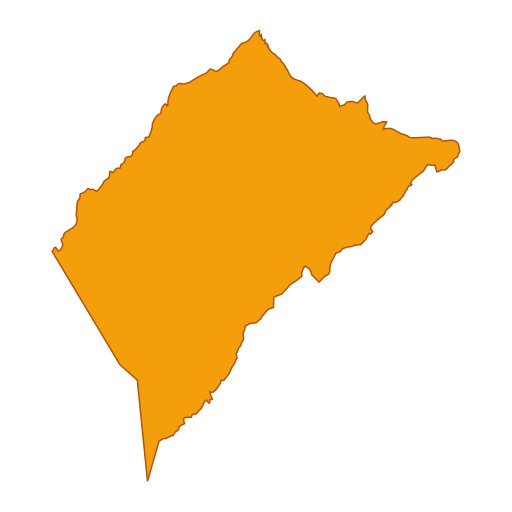 the district of Tehuipango, Veracruz, Mexico
{"feature_id": "50627088B27268418868479", "entity_name": "Tehuipango", "entity_type": "district", "adm_level": 2, "iso_a3": "MEX", "parent_name": "Mexico", "parent_adm1": "Veracruz", "projection": "natural_earth1", "projection_center": [-97.047, 18.52], "detail": "fine", "context": "isolated", "style": "filled", "palette": "amber", "viewbox_px": 512, "rotation_deg": 0, "n_neighbors": 0, "source": "geoboundaries", "source_scale": "gbopen_adm2", "svg_char_len": 5952}
<svg xmlns="http://www.w3.org/2000/svg" viewBox="0 0 512 512"><path d="M137.3,380.1L147.5,481.3L158.8,441.8L160.8,440.1L162.7,438.9L166.3,438.4L171.4,435.6L173.0,435.7L174.7,432.7L178.6,429.6L179.2,426.4L184.5,423.7L183.5,419.5L184.7,417.5L191.4,417.3L192.2,414.5L193.3,414.0L195.3,414.2L196.8,413.2L201.8,407.6L203.8,403.1L205.3,400.6L206.1,400.1L209.0,403.2L209.8,402.1L209.5,400.2L212.4,399.1L210.9,396.0L209.8,391.9L210.7,392.4L213.7,391.9L216.2,389.4L218.0,386.9L220.3,383.4L221.2,379.9L223.0,380.6L223.8,380.3L229.0,373.9L232.2,366.8L235.3,362.0L236.0,359.4L237.1,358.3L236.2,353.1L237.0,352.3L238.9,347.6L240.5,345.9L241.6,342.7L243.4,339.7L243.6,337.9L243.0,335.0L243.3,333.0L244.6,329.6L245.3,326.3L246.2,325.5L247.9,324.7L248.8,323.7L256.3,322.7L259.0,320.1L260.9,318.8L262.0,316.4L268.2,309.2L273.5,307.5L273.8,297.1L281.7,294.0L287.1,288.3L289.4,285.4L292.6,283.0L296.8,280.3L301.8,276.3L301.7,272.9L303.4,268.1L305.4,266.1L307.1,267.2L309.0,268.8L310.4,270.4L311.8,274.9L319.1,282.1L322.4,278.6L325.5,275.9L328.6,274.2L329.8,271.4L329.9,267.0L330.7,263.4L332.8,259.1L336.0,253.0L340.2,251.6L343.0,248.5L347.5,247.0L351.4,246.6L354.0,245.4L358.6,244.7L360.5,244.7L363.3,242.1L365.8,239.4L366.9,237.0L369.2,233.3L370.6,234.0L372.7,231.4L370.6,228.5L371.1,226.1L373.8,223.1L378.9,218.6L383.5,215.1L385.3,212.3L385.6,210.6L386.9,209.4L388.5,208.3L390.2,206.3L391.6,205.0L391.0,204.9L393.5,202.1L395.7,202.5L400.1,199.9L401.2,197.8L403.1,196.0L403.8,195.0L405.8,190.5L407.1,189.4L407.3,188.4L408.1,187.2L408.6,186.1L410.6,185.6L411.7,185.0L411.7,184.5L410.4,183.6L412.4,179.9L415.0,177.6L423.5,170.9L427.2,164.8L435.0,165.4L436.8,171.8L437.7,171.8L439.4,171.0L441.0,170.0L442.5,169.7L444.1,170.1L445.6,169.7L446.7,168.9L448.0,167.5L449.0,166.2L449.9,165.4L451.5,164.2L453.9,161.6L453.8,161.4L453.4,160.3L453.9,159.3L454.7,158.3L455.8,157.8L457.3,157.2L457.6,156.5L457.9,155.3L458.3,154.3L459.0,152.9L459.8,151.9L459.6,150.5L458.9,146.0L457.9,143.2L457.0,142.2L455.9,141.5L454.2,140.7L452.9,140.5L451.6,140.1L448.9,140.5L443.2,141.1L442.1,141.0L441.5,140.2L440.6,139.1L438.4,138.9L437.1,138.4L434.8,138.2L432.2,138.6L431.0,137.6L429.1,137.1L414.0,137.8L410.9,137.7L409.1,137.2L408.1,136.3L406.6,135.4L404.8,134.9L403.0,134.2L401.2,133.9L398.3,132.1L396.2,131.1L394.6,130.1L392.3,129.0L390.1,128.3L387.6,128.5L385.5,128.6L383.3,129.4L384.1,126.6L384.7,125.3L385.9,123.3L386.6,121.7L383.5,121.9L382.5,121.6L379.6,123.0L378.5,123.1L377.3,123.4L375.6,124.1L374.5,123.5L373.3,122.7L372.4,121.8L371.7,120.8L370.4,119.3L370.1,117.9L369.9,116.8L369.3,115.2L368.5,113.6L367.5,112.0L367.6,109.5L367.8,105.6L367.4,103.5L366.6,101.8L365.7,100.5L365.2,99.3L365.1,97.7L365.0,96.1L364.2,96.6L363.2,97.3L362.0,98.5L360.8,99.8L359.6,100.9L358.1,102.6L356.3,102.9L355.1,102.3L353.3,101.7L351.8,101.4L349.7,101.6L348.3,101.8L346.7,102.3L345.6,103.4L344.9,104.6L343.8,105.1L342.4,105.4L341.0,105.9L339.7,106.6L339.1,104.5L338.7,103.4L337.3,101.1L336.3,99.1L334.8,98.2L333.2,97.9L331.6,97.8L324.9,96.2L322.8,94.0L321.7,93.5L319.9,93.0L318.6,93.5L317.0,96.2L311.8,90.0L306.4,85.2L305.4,84.5L303.9,83.2L300.8,81.3L299.3,80.7L297.9,80.5L296.5,79.8L294.8,79.4L293.3,78.4L292.0,77.7L291.1,76.8L289.5,74.3L288.0,71.5L287.4,69.9L286.1,68.2L285.5,67.8L285.5,67.0L284.9,65.8L283.8,64.1L283.0,63.1L281.8,62.2L281.1,61.1L280.5,59.5L279.7,58.7L278.7,58.0L278.0,57.6L276.6,56.2L276.1,55.6L274.9,54.3L273.8,53.7L272.6,53.2L271.9,52.3L270.6,51.0L269.5,49.3L269.1,48.2L268.2,47.5L267.5,46.7L268.3,45.4L267.2,44.9L266.9,43.4L265.6,43.6L265.2,42.6L264.9,42.9L264.9,41.5L265.0,39.7L263.4,40.5L262.6,40.0L262.1,38.5L261.4,37.0L261.3,35.3L260.4,36.6L259.9,34.8L259.5,35.0L259.5,30.7L256.8,31.5L254.9,32.7L253.4,34.2L251.3,37.1L248.1,40.8L245.6,42.2L243.6,42.9L241.8,43.3L240.4,44.8L238.5,47.2L237.2,48.6L235.4,50.8L234.0,52.3L233.0,53.9L232.3,56.0L231.3,57.5L229.8,59.1L229.4,60.0L228.7,62.6L228.0,63.3L222.9,66.5L219.6,69.6L216.8,71.3L215.3,71.4L213.9,70.3L212.3,69.6L210.8,69.1L209.7,69.4L208.6,70.6L207.4,72.0L206.2,73.2L204.7,73.9L202.6,74.6L196.0,78.2L194.0,79.5L192.0,80.7L190.2,82.0L188.2,82.8L186.5,83.2L185.0,83.8L183.7,84.0L181.8,83.9L180.6,83.5L179.8,83.5L178.9,83.6L177.7,84.4L176.3,85.6L174.5,86.2L173.2,86.9L172.7,88.0L172.0,89.9L171.3,90.9L170.6,92.3L169.2,96.0L168.3,99.1L168.0,100.6L167.9,102.2L167.9,103.9L167.7,105.0L167.2,105.8L166.6,105.5L166.0,104.3L165.6,103.8L165.0,104.0L164.2,104.6L163.5,105.6L162.4,107.0L161.6,108.4L161.4,109.5L161.1,111.4L160.9,113.1L160.1,113.9L159.3,114.4L158.5,114.5L157.2,115.5L156.1,116.8L154.4,119.3L153.9,120.5L153.0,122.2L152.5,123.6L152.3,125.6L152.2,126.9L151.5,129.8L151.3,131.0L150.8,132.3L150.2,133.5L149.8,134.9L149.1,136.5L148.1,137.2L146.9,137.4L145.7,137.4L145.3,137.8L145.1,138.4L145.1,139.4L145.0,140.0L144.4,140.9L143.6,141.4L142.6,141.7L141.6,142.2L140.4,142.9L139.9,143.8L139.5,144.9L135.9,149.1L134.4,150.4L133.1,150.9L132.7,151.7L132.3,154.6L131.6,156.0L130.5,156.5L128.3,156.7L127.1,157.4L126.0,157.5L125.2,158.4L125.0,159.6L124.3,161.7L123.4,163.0L122.3,163.9L121.0,164.5L120.6,165.9L120.5,167.7L119.5,168.3L118.4,168.1L116.7,168.3L115.5,169.4L114.9,170.4L113.0,172.5L112.1,172.2L111.2,171.7L110.1,171.4L109.4,172.7L109.6,174.1L109.2,177.2L108.2,178.4L106.8,179.2L105.2,180.4L104.1,181.4L103.4,182.4L103.0,183.6L102.3,184.8L101.1,186.2L100.3,187.2L98.4,189.9L97.0,191.0L95.6,190.8L94.5,190.3L93.3,189.3L92.5,189.2L91.5,189.4L90.1,189.8L89.1,188.9L88.0,188.6L87.0,189.5L86.1,190.6L84.8,191.7L83.3,192.8L81.6,193.3L80.2,194.0L80.0,194.8L80.1,196.1L79.7,198.5L78.5,199.7L77.5,201.3L77.2,203.3L76.9,205.1L76.8,208.0L76.2,215.3L77.1,218.7L77.2,220.5L76.6,222.2L76.3,223.8L75.4,225.3L73.4,227.1L71.6,228.6L70.4,229.0L68.4,230.6L67.3,231.1L65.3,232.3L63.6,234.7L63.4,236.9L62.9,237.6L61.5,238.6L61.2,240.0L61.5,241.2L62.7,244.0L62.6,245.7L61.8,247.6L60.7,249.4L58.7,251.1L57.9,250.5L55.7,247.5L54.6,247.5L53.8,248.6L53.2,250.3L52.2,251.5L119.9,364.6L137.3,380.1Z" fill="#f59e0b" stroke="#b45309" stroke-width="1.5"/></svg>